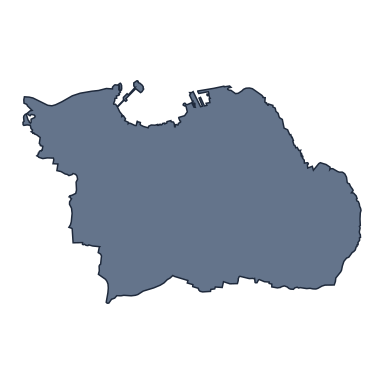 the district of Kota Surabaya, Jawa Timur, Indonesia
{"feature_id": "22746128B68603538827891", "entity_name": "Kota Surabaya", "entity_type": "district", "adm_level": 2, "iso_a3": "IDN", "parent_name": "Indonesia", "parent_adm1": "Jawa Timur", "projection": "albers", "projection_center": [112.731, -7.274], "detail": "fine", "context": "isolated", "style": "filled", "palette": "slate", "viewbox_px": 384, "rotation_deg": 0, "n_neighbors": 0, "source": "geoboundaries", "source_scale": "gbopen_adm2", "svg_char_len": 5913}
<svg xmlns="http://www.w3.org/2000/svg" viewBox="0 0 384 384"><path d="M108.8,303.1L111.5,299.3L114.7,298.1L116.8,295.7L121.0,295.8L123.8,295.3L131.2,295.8L135.4,295.3L137.9,294.5L143.2,291.1L153.7,287.9L160.2,285.2L164.0,282.9L167.3,279.6L170.0,278.1L172.8,275.5L174.4,276.4L187.9,280.5L187.3,283.0L192.9,284.6L192.7,286.6L198.3,288.3L198.7,289.8L200.1,291.3L202.6,291.9L210.5,291.4L210.8,289.4L214.7,288.9L215.3,287.0L222.2,287.5L223.5,281.7L229.9,283.8L237.4,283.6L238.2,280.7L238.3,278.6L239.2,276.6L239.9,276.3L249.3,278.6L252.6,278.4L253.5,278.7L254.6,278.4L255.1,282.5L255.7,282.8L257.0,282.7L258.5,279.9L259.4,279.6L264.4,281.7L269.2,282.1L269.1,283.4L271.8,284.1L271.8,286.9L277.4,287.9L280.6,287.4L281.2,286.8L284.3,285.9L287.1,286.9L289.2,288.6L290.6,289.1L293.4,289.3L294.9,287.8L297.2,287.2L298.5,288.0L300.3,287.6L306.7,288.6L310.0,288.3L313.0,288.9L315.9,289.0L317.8,288.4L321.9,286.1L325.0,285.1L334.2,285.0L335.4,281.5L335.8,278.0L340.6,272.0L341.5,270.3L342.4,265.9L343.9,261.4L346.5,258.1L348.8,257.2L352.2,252.5L353.7,251.6L355.3,249.9L356.1,247.0L357.0,246.4L357.0,245.2L357.3,244.7L357.9,244.8L358.2,244.0L357.9,242.6L359.6,240.3L359.5,237.8L360.5,237.4L360.3,234.5L359.7,233.8L359.3,231.9L360.1,228.0L359.4,226.3L360.3,225.6L360.0,219.0L360.3,212.9L361.0,210.4L360.6,208.4L359.6,206.2L359.3,204.0L358.3,201.5L357.1,201.1L356.6,200.0L356.4,199.1L357.1,198.6L356.2,195.9L353.5,193.0L351.4,192.8L353.1,190.6L352.8,189.6L350.4,186.2L349.4,183.8L348.2,183.5L347.2,182.4L346.5,177.2L344.8,173.9L343.3,172.7L342.1,172.1L339.6,172.2L337.8,171.6L332.8,168.7L330.5,168.7L329.8,169.5L330.1,167.2L326.1,164.5L320.3,162.7L318.8,163.6L313.4,170.2L312.3,166.3L307.7,168.0L307.4,164.8L308.1,164.3L308.3,163.4L307.5,162.7L304.4,163.1L304.2,160.1L302.7,158.4L302.2,157.1L302.9,156.9L302.6,156.1L301.3,156.1L301.1,155.3L301.9,155.1L301.5,153.5L300.8,153.7L300.2,150.9L300.6,150.3L298.8,150.4L297.2,147.4L295.8,147.8L294.9,145.4L294.0,145.1L292.8,141.0L293.4,140.6L292.2,137.4L291.9,137.6L291.4,136.8L290.8,134.6L289.7,134.7L287.6,129.8L284.1,128.1L282.3,119.4L279.8,117.9L279.0,116.7L278.1,113.3L275.9,111.4L275.2,108.1L272.9,106.9L272.9,105.4L268.5,104.0L268.1,105.2L267.7,105.1L267.5,104.1L266.3,103.6L266.5,102.9L264.8,102.0L265.2,97.7L263.0,97.5L263.0,96.7L261.8,95.3L252.4,88.7L249.4,88.0L246.0,88.2L243.5,89.3L241.9,90.9L238.2,93.3L235.5,93.6L230.9,90.3L229.5,90.3L227.7,89.4L227.7,88.6L228.5,87.9L231.0,87.3L229.6,86.0L224.2,86.8L223.9,86.2L213.9,88.3L197.8,91.0L197.8,91.7L198.8,93.5L208.3,91.7L208.9,93.8L206.9,94.2L207.1,95.4L207.5,95.7L208.9,95.3L209.2,96.2L208.8,96.4L209.2,96.4L209.5,97.6L210.2,98.3L209.2,98.8L209.9,102.6L206.1,103.3L206.9,105.4L204.4,105.9L200.5,97.4L199.0,98.1L202.5,106.2L200.6,106.7L193.1,91.6L191.7,92.6L189.7,92.6L190.5,94.0L189.6,95.1L192.2,100.8L192.8,100.9L192.6,101.3L193.0,101.7L192.4,102.0L193.2,103.7L194.6,103.2L194.9,103.8L194.0,104.2L194.4,104.8L195.4,104.7L194.5,105.3L195.2,105.2L194.6,105.4L195.3,107.3L194.0,107.2L191.7,102.7L187.4,104.6L186.0,104.5L185.3,103.4L184.6,103.2L183.7,103.6L183.2,104.4L183.2,105.1L184.7,106.0L185.4,105.8L186.1,106.6L187.3,111.9L184.6,115.7L178.9,117.4L178.7,117.8L179.9,120.9L180.6,121.2L180.5,122.2L178.4,123.4L178.1,124.8L177.2,125.0L176.2,124.5L175.2,124.8L175.2,126.8L174.6,126.8L174.3,123.9L173.5,122.1L171.2,121.7L170.9,120.6L167.0,121.6L166.8,123.0L165.2,123.7L164.7,123.8L164.6,123.1L162.5,123.5L162.1,124.5L161.0,125.0L160.4,124.3L159.0,124.5L158.9,125.3L157.5,125.3L157.4,124.5L155.0,125.2L151.2,125.0L148.7,126.2L148.1,127.8L143.3,126.4L140.6,125.0L140.1,124.4L140.4,122.5L138.5,121.9L137.6,122.4L137.3,120.7L136.2,125.5L135.0,125.5L130.6,123.4L129.0,123.1L128.2,123.7L128.3,122.3L124.7,120.6L125.5,118.8L123.4,115.8L121.7,116.6L121.7,115.6L122.2,114.9L119.7,111.7L117.5,107.1L124.1,100.2L125.8,101.3L127.0,100.1L125.9,98.7L135.7,88.7L140.6,92.6L142.0,91.6L143.7,89.0L143.1,88.2L143.3,87.0L142.3,85.3L139.9,83.2L138.9,82.9L137.9,81.9L138.2,81.4L137.6,80.8L136.8,80.8L133.8,82.9L133.8,85.9L134.7,87.2L135.3,87.2L128.4,94.8L127.1,93.7L123.4,97.4L123.4,99.7L123.8,99.9L117.2,106.6L115.6,104.3L113.8,104.2L113.6,103.5L114.7,100.8L114.9,98.4L116.7,98.2L116.4,96.0L118.8,95.3L119.4,94.6L118.8,93.8L120.5,92.0L118.8,89.6L118.9,86.1L118.7,85.6L117.8,85.1L115.0,84.8L114.1,85.4L112.5,87.2L112.5,88.9L106.3,88.5L98.5,90.5L91.9,91.2L80.2,93.2L72.3,95.8L61.8,101.8L55.5,104.8L51.9,105.8L47.8,105.3L33.0,98.0L29.1,97.1L24.4,96.8L23.8,99.8L24.0,103.2L26.8,104.4L27.4,105.8L32.1,110.4L30.2,110.8L27.1,113.4L29.5,115.6L30.3,115.7L31.0,114.5L31.6,114.4L34.3,115.1L35.1,116.2L34.7,117.5L31.1,119.2L31.1,122.3L30.6,123.1L29.4,122.4L29.0,121.0L28.0,119.9L26.2,113.9L25.2,114.4L23.8,116.1L23.6,117.5L24.0,121.4L23.0,122.3L23.1,124.7L23.8,125.4L27.2,124.9L30.3,125.3L31.0,128.5L32.5,130.0L32.3,130.9L31.2,131.7L32.7,132.5L32.8,133.3L33.3,133.4L33.5,132.9L34.5,133.4L34.7,134.1L36.5,134.7L40.2,137.5L39.3,143.4L40.1,144.3L40.2,145.1L40.8,145.3L40.7,145.7L42.8,146.3L42.2,150.1L41.6,150.1L41.3,150.9L40.4,150.7L39.4,151.4L38.6,153.5L38.3,153.4L38.1,154.6L36.8,155.8L38.4,156.7L38.8,157.3L42.8,158.6L47.2,157.9L53.4,158.1L53.8,159.8L53.0,163.7L57.9,164.0L56.9,170.6L61.1,171.6L65.2,174.0L67.3,174.4L68.9,175.6L72.0,174.6L73.0,173.5L75.6,174.3L77.0,176.1L77.6,179.2L76.1,182.1L76.5,190.1L75.7,193.4L72.1,195.2L69.8,195.8L69.1,196.8L70.2,197.1L70.3,197.8L71.5,198.8L69.6,201.8L69.5,204.3L71.5,208.2L72.1,213.4L71.3,221.7L70.4,224.9L68.9,227.3L71.7,228.3L72.2,228.9L73.1,242.8L82.6,242.6L82.5,244.4L83.2,244.7L84.6,244.3L86.0,245.3L87.9,245.6L88.8,244.9L92.7,246.0L99.7,246.7L99.3,247.2L98.2,252.6L100.5,254.0L101.5,255.9L100.6,264.2L99.7,264.9L99.1,266.1L99.3,270.9L98.4,274.3L105.5,279.3L107.0,281.4L108.0,284.1L108.3,288.0L107.9,292.8L106.2,302.3L107.2,303.2L108.8,303.1ZM121.4,90.1L121.7,88.6L121.6,85.5L120.8,83.6L120.2,83.2L118.3,84.6L119.5,85.9L119.7,89.8L120.3,90.3L121.4,90.1Z" fill="#64748b" stroke="#1e293b" stroke-width="1.5"/></svg>